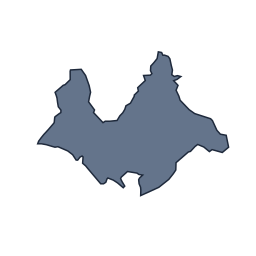 outline of Dakoro, Maradi, Niger, rotated 228°
{"feature_id": "23599985B7432037800977", "entity_name": "Dakoro", "entity_type": "district", "adm_level": 2, "iso_a3": "NER", "parent_name": "Niger", "parent_adm1": "Maradi", "projection": "orthographic", "projection_center": [7.096, 14.397], "detail": "fine", "context": "isolated", "style": "filled", "palette": "slate", "viewbox_px": 256, "rotation_deg": 228, "n_neighbors": 0, "source": "geoboundaries", "source_scale": "gbopen_adm2", "svg_char_len": 1653}
<svg xmlns="http://www.w3.org/2000/svg" viewBox="0 0 256 256"><g transform="rotate(228 128 128)"><path d="M63.7,131.1L64.8,135.4L70.1,140.5L69.8,156.8L68.8,158.8L69.4,165.4L69.1,168.8L63.2,171.6L56.0,172.7L55.7,176.0L46.7,181.7L46.4,189.9L56.9,196.1L61.6,192.5L66.8,192.5L77.0,195.7L79.6,195.6L91.5,188.7L94.1,187.2L100.7,185.7L113.7,185.3L117.6,187.1L123.9,189.0L126.2,193.7L132.6,193.6L131.3,197.0L130.9,201.7L133.8,199.8L135.4,196.8L138.3,196.2L141.3,199.8L145.5,202.0L151.4,205.4L154.4,205.7L157.7,203.9L158.7,202.6L161.6,203.5L164.3,201.5L160.1,196.1L159.2,190.6L158.8,186.4L155.6,183.1L152.4,182.1L152.3,180.0L156.6,174.7L151.7,172.6L151.5,162.2L148.5,160.4L148.3,154.7L147.4,153.9L144.8,146.4L145.9,141.4L144.0,138.1L142.8,134.3L142.5,130.1L140.9,124.9L145.3,118.9L148.3,115.6L148.7,113.0L162.5,112.7L163.8,115.2L173.8,116.2L177.4,120.9L179.6,124.1L185.5,127.5L195.4,131.6L202.9,132.5L209.6,124.1L208.9,123.0L202.6,117.4L202.3,110.2L203.1,108.4L203.3,97.7L199.9,96.3L197.8,95.3L194.2,92.8L190.4,90.4L186.1,90.1L184.4,88.4L184.7,86.5L185.2,81.3L184.8,80.5L181.4,76.8L181.1,75.3L180.1,67.4L179.5,61.0L178.9,57.2L178.0,52.8L176.7,50.3L174.2,53.1L170.2,56.2L165.1,59.3L162.6,60.9L161.0,63.4L155.4,66.0L151.2,67.9L145.2,69.0L138.9,68.0L137.8,69.1L138.5,72.9L137.9,75.1L136.5,75.2L132.2,70.7L131.3,70.8L128.1,71.2L124.4,71.0L104.8,70.4L102.9,72.5L102.5,75.2L104.2,78.3L104.3,79.6L99.1,82.2L94.2,83.5L86.8,84.5L87.0,86.7L92.2,87.7L95.3,88.6L96.0,90.1L96.0,98.5L88.5,104.5L86.2,105.0L83.2,107.4L83.1,103.0L82.4,101.3L79.1,98.9L75.6,97.7L73.4,96.1L69.3,92.2L63.3,111.2L62.5,123.9L63.7,131.1Z" fill="#64748b" stroke="#1e293b" stroke-width="1.5"/></g></svg>